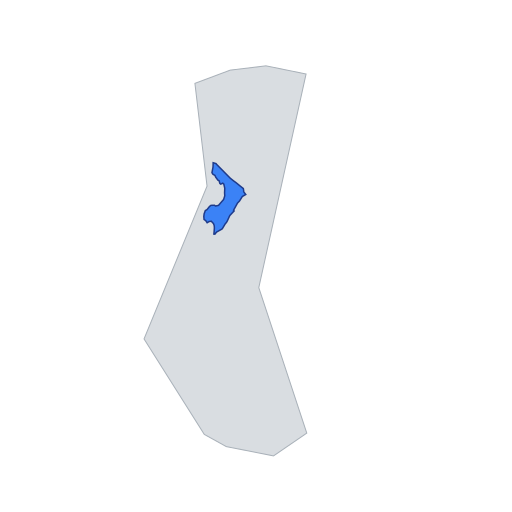 Tamuning, Guam (highlighted), rotated 328°
{"feature_id": "77769853B98386396694239", "entity_name": "Tamuning", "entity_type": "district", "adm_level": 2, "iso_a3": "GUM", "parent_name": "Guam", "parent_adm1": "", "projection": "orthographic", "projection_center": [144.795, 13.512], "detail": "fine", "context": "in_parent", "style": "filled", "palette": "blue", "viewbox_px": 512, "rotation_deg": 328, "n_neighbors": 0, "source": "geoboundaries", "source_scale": "gbopen_adm2", "svg_char_len": 1131}
<svg xmlns="http://www.w3.org/2000/svg" viewBox="0 0 512 512"><g transform="rotate(328 256 256)"><path d="M205.2,433.1L164.9,434.8L129.8,401.9L117.6,379.9L117.1,267.0L251.5,170.8L295.7,77.2L332.6,84.7L365.2,100.0L394.9,128.2L241.6,284.3L205.2,433.1Z" fill="#d9dde1" stroke="#a8b0b8" stroke-width="1"/><path d="M279.9,198.4L279.6,195.0L280.2,194.0L281.0,192.1L279.6,188.1L277.9,183.1L276.8,180.4L275.4,176.4L271.1,157.2L271.1,156.5L269.1,154.2L267.1,157.2L266.5,158.0L262.8,162.0L262.8,163.9L263.9,165.9L263.6,167.8L263.9,171.6L264.6,172.6L263.8,175.3L264.2,176.4L266.4,176.6L266.8,178.0L265.4,182.0L262.8,185.8L261.4,188.4L258.5,190.9L251.0,193.2L248.2,192.2L247.6,190.9L244.7,189.2L243.8,189.3L243.0,189.3L239.0,190.7L237.1,190.6L235.6,191.8L234.4,192.7L232.7,194.8L231.3,197.5L232.0,199.1L232.1,199.3L232.2,201.9L234.4,201.9L236.5,202.8L237.1,206.0L236.7,208.0L235.6,210.1L233.5,213.0L231.9,215.1L232.7,215.7L235.2,214.8L241.4,215.1L241.9,215.0L247.0,212.4L248.7,211.9L250.2,211.1L255.2,207.8L261.3,206.2L261.2,205.3L268.4,201.3L271.2,200.6L275.9,198.3L279.9,198.4Z" fill="#3b82f6" stroke="#1e3a8a" stroke-width="1.5"/></g></svg>